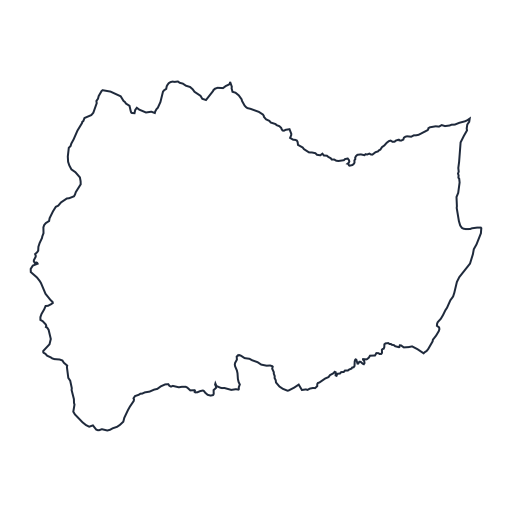 the district of Pulí, Cundinamarca, Colombia
{"feature_id": "7082276B22739644455083", "entity_name": "Pulí", "entity_type": "district", "adm_level": 2, "iso_a3": "COL", "parent_name": "Colombia", "parent_adm1": "Cundinamarca", "projection": "albers", "projection_center": [-74.663, 4.689], "detail": "fine", "context": "isolated", "style": "outline", "palette": "slate", "viewbox_px": 512, "rotation_deg": 0, "n_neighbors": 0, "source": "geoboundaries", "source_scale": "gbopen_adm2", "svg_char_len": 5968}
<svg xmlns="http://www.w3.org/2000/svg" viewBox="0 0 512 512"><path d="M423.6,353.3L424.6,352.3L426.6,351.0L428.1,349.2L432.6,341.4L432.9,339.7L436.1,335.6L438.8,331.1L439.4,329.1L439.1,327.4L436.9,325.8L437.1,323.7L437.7,322.2L440.8,318.8L443.0,315.1L445.4,310.2L447.0,307.8L450.4,300.2L453.1,296.5L454.3,292.8L456.9,281.9L459.3,277.1L470.0,263.6L472.9,254.2L473.8,249.2L476.5,244.4L480.9,233.3L481.3,228.2L480.8,227.6L477.1,227.6L471.9,228.3L470.2,229.0L465.9,229.1L463.5,228.7L461.9,227.9L460.2,225.5L458.9,221.1L456.7,207.9L456.9,206.2L456.5,197.0L458.2,192.9L459.6,182.5L459.2,178.7L458.4,177.7L458.6,175.4L458.0,173.6L458.7,171.7L458.3,168.0L459.1,161.9L460.6,142.4L463.9,135.8L467.0,130.4L466.7,128.4L467.3,124.5L469.2,121.8L469.7,118.6L467.4,120.2L465.0,121.3L459.3,122.8L454.8,124.6L451.6,124.7L449.6,125.5L445.0,126.1L441.7,125.1L439.0,126.6L435.6,126.3L429.9,127.3L428.4,128.2L428.1,129.6L427.5,130.2L418.6,134.8L416.1,135.3L413.9,135.3L411.2,136.7L407.1,136.3L405.4,136.7L403.9,137.7L403.3,139.6L401.1,140.6L399.3,140.4L399.1,139.8L398.6,139.7L395.8,140.6L394.6,141.7L392.6,141.8L390.6,140.6L388.9,141.1L386.7,142.8L384.3,145.5L382.0,147.1L380.3,149.7L379.1,150.2L378.0,151.4L375.5,152.2L372.4,154.6L370.9,154.5L369.4,153.6L367.1,154.5L365.5,154.2L364.5,155.2L360.9,154.4L357.4,154.8L356.0,156.1L355.2,157.6L355.3,159.1L354.4,160.4L354.5,162.4L354.1,163.5L352.5,165.0L349.6,165.7L349.0,165.4L348.3,163.9L347.6,163.7L348.8,162.7L349.3,161.5L349.0,160.2L347.7,158.5L345.0,159.1L343.9,160.2L338.4,161.0L336.2,160.7L334.2,159.5L331.7,159.5L330.7,158.2L328.4,157.0L326.9,155.7L323.9,155.5L322.4,153.7L320.3,155.3L317.0,154.8L315.4,153.2L312.1,152.5L309.0,152.4L303.9,149.1L302.7,147.5L298.0,144.9L297.6,142.0L296.8,140.5L295.3,139.9L293.1,139.7L290.1,137.9L291.2,135.2L291.3,133.9L289.5,129.2L285.7,129.8L283.9,130.7L282.6,130.5L281.7,129.3L281.2,127.9L279.4,126.2L276.5,125.1L275.6,124.1L270.7,122.5L269.4,120.9L266.0,119.3L263.9,116.8L263.8,115.9L263.0,114.6L258.9,111.9L250.4,108.8L247.4,108.1L246.1,107.2L244.6,105.6L242.0,100.9L241.6,99.3L238.8,95.4L235.5,92.7L232.5,91.8L231.6,88.3L231.8,86.7L230.1,81.9L229.9,83.4L229.0,84.5L225.8,86.0L223.0,88.1L217.6,87.8L214.7,88.8L214.5,89.4L213.6,89.8L213.0,91.1L206.0,100.0L202.3,98.8L200.5,95.8L194.5,91.8L192.7,89.3L190.1,87.0L185.9,85.7L182.8,83.6L179.7,82.8L177.9,81.5L174.6,81.9L172.5,81.6L170.5,82.1L168.7,83.2L167.4,85.0L166.7,86.3L166.2,88.9L164.2,90.2L163.0,91.6L160.4,102.1L157.8,107.8L156.6,109.0L155.2,111.5L154.8,113.0L151.3,111.7L146.0,112.5L139.2,109.6L136.8,107.8L135.2,110.0L134.5,113.2L131.9,113.0L131.2,112.5L130.7,111.0L129.5,105.8L126.0,103.6L124.9,102.0L123.5,100.9L120.7,96.3L110.5,91.6L102.6,90.2L101.6,91.0L98.7,96.0L98.0,98.7L96.4,101.0L96.7,103.2L93.3,112.8L91.3,115.1L84.5,118.0L83.3,121.1L82.3,121.8L82.0,123.1L77.5,130.5L73.6,139.4L71.3,143.6L70.6,146.0L68.8,147.8L67.8,156.5L68.1,161.8L69.3,165.4L71.4,169.4L75.4,172.2L79.9,177.4L80.6,181.2L80.7,184.3L75.8,192.1L75.0,194.5L74.0,196.3L69.2,198.2L66.8,198.5L61.0,202.4L58.2,205.7L55.8,206.8L53.0,211.3L49.6,218.2L49.1,221.0L45.8,223.1L44.2,225.0L43.4,227.3L43.5,233.2L42.3,236.4L42.0,238.0L39.6,243.1L38.4,246.8L38.2,250.7L37.1,252.3L35.1,254.1L35.7,255.5L35.7,256.7L33.9,260.1L33.8,261.3L34.7,262.8L36.5,262.5L37.2,262.9L37.6,263.7L32.8,265.6L30.7,268.9L30.8,272.1L37.0,277.5L39.8,281.1L41.0,283.1L45.5,293.8L50.4,299.9L52.6,302.0L52.8,303.0L51.1,304.2L48.0,305.8L45.6,306.0L44.2,309.3L41.5,314.0L40.4,317.1L40.4,319.9L42.7,321.2L45.8,324.5L46.3,326.0L45.9,327.0L47.3,327.8L48.6,329.8L50.8,339.0L49.5,344.3L43.3,350.9L43.2,352.0L43.6,352.8L45.4,353.8L47.1,355.7L50.8,357.4L52.2,358.4L54.4,359.1L59.6,359.5L62.4,360.5L63.8,362.7L67.2,365.6L66.9,367.0L68.3,377.9L70.2,380.7L71.8,388.2L71.6,390.0L73.9,399.1L74.0,402.9L74.5,404.6L73.3,411.7L74.9,414.4L82.5,422.3L86.0,425.1L89.2,426.7L92.9,425.4L96.2,429.6L97.8,430.2L99.1,430.2L101.9,429.2L107.3,430.5L110.0,429.8L112.7,428.3L117.1,426.8L119.9,424.9L123.3,421.7L124.3,417.8L128.0,410.0L129.9,406.6L133.7,401.0L134.0,399.4L133.5,398.3L135.0,396.1L138.7,394.8L140.4,393.7L142.2,393.6L144.8,392.4L149.6,391.6L154.2,389.6L157.3,388.9L160.9,386.3L165.2,384.4L168.3,384.2L169.4,385.8L171.0,386.6L172.8,385.9L178.9,387.3L181.8,386.8L185.7,386.8L187.3,387.6L190.3,390.4L194.6,390.2L194.9,390.5L194.6,391.9L195.3,392.4L197.3,392.3L200.2,391.1L202.9,390.5L204.0,391.1L205.2,392.7L207.6,394.8L210.6,395.6L213.0,395.1L213.4,394.6L213.7,393.8L213.6,390.1L216.1,387.8L216.0,386.5L215.1,384.6L215.4,383.5L216.4,386.0L220.3,387.7L222.0,388.1L224.4,388.0L231.3,389.9L235.9,389.2L238.5,389.6L238.8,389.2L238.8,387.2L239.8,384.5L238.6,382.0L237.9,379.0L237.5,373.3L236.9,370.5L235.1,366.3L234.8,364.5L235.1,362.9L236.9,359.6L236.7,356.6L238.2,355.1L238.8,355.5L239.5,355.1L241.1,355.8L244.6,358.1L249.5,358.8L252.0,360.2L257.6,362.2L261.2,364.6L266.6,365.7L270.1,365.5L272.3,366.2L272.7,366.6L272.2,368.7L273.8,372.2L273.8,373.7L274.7,376.1L274.6,378.0L275.7,380.2L276.0,382.5L279.4,386.5L282.8,388.8L287.5,390.7L288.6,390.5L294.2,387.6L298.7,384.6L301.9,390.0L305.9,389.4L307.5,389.9L309.9,388.6L312.9,388.0L315.1,388.1L317.2,386.2L317.3,384.0L317.9,383.0L319.4,382.5L325.2,378.5L328.5,377.1L330.0,375.1L333.2,373.4L334.7,371.8L335.7,372.3L335.6,375.4L336.5,375.8L337.3,373.8L340.0,373.5L341.2,372.1L343.7,372.0L345.0,370.5L347.9,370.5L349.2,369.5L351.5,368.6L352.2,367.5L353.6,367.3L354.5,366.0L354.7,361.4L355.1,360.0L355.6,359.4L356.3,359.7L357.5,363.6L358.2,363.6L359.3,361.8L359.8,361.7L360.7,361.9L362.7,363.7L363.8,364.2L364.5,363.1L364.2,360.9L363.0,359.6L363.1,359.1L366.3,359.4L367.1,359.1L368.8,357.7L370.0,355.7L375.0,355.5L376.4,353.1L378.5,353.2L379.6,354.0L381.3,353.9L382.0,352.8L381.9,349.8L382.5,349.1L383.7,348.7L384.3,347.1L384.4,344.3L385.5,343.4L388.3,343.1L389.5,344.0L390.9,344.0L391.6,344.7L394.0,345.2L395.1,346.2L398.9,347.2L399.3,347.1L399.8,345.3L401.0,345.4L403.8,347.4L408.6,347.1L412.1,346.4L417.5,349.2L423.6,353.3Z" fill="none" stroke="#1e293b" stroke-width="2"/></svg>